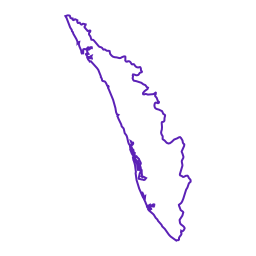 SVG path tracing the border of Kerala
{"feature_id": "IND-2442", "entity_name": "Kerala", "entity_type": "State", "adm_level": 1, "iso_a3": "IND", "parent_name": "India", "parent_adm1": "", "projection": "orthographic", "projection_center": [76.221, 10.533], "detail": "fine", "context": "isolated", "style": "outline", "palette": "violet", "viewbox_px": 256, "rotation_deg": 0, "n_neighbors": 0, "source": "natural_earth", "source_scale": "10m", "svg_char_len": 5792}
<svg xmlns="http://www.w3.org/2000/svg" viewBox="0 0 256 256"><path d="M83.2,53.4L82.6,53.6L82.4,53.9L82.5,54.1L81.8,53.4L81.4,52.4L81.2,50.6L79.4,46.4L78.8,44.1L79.2,42.0L78.6,42.2L77.5,43.4L77.5,42.1L77.2,41.0L76.4,39.1L73.3,33.7L72.9,32.2L72.0,31.3L71.7,29.8L70.2,27.5L66.6,18.1L65.4,16.1L67.5,15.4L68.6,15.4L69.6,15.6L70.0,16.1L70.4,17.8L71.0,18.2L72.6,18.5L72.5,19.3L72.8,19.8L73.7,20.1L74.8,19.3L75.4,19.3L77.4,20.3L77.4,20.5L77.2,21.7L77.5,22.4L77.8,22.9L78.2,23.0L79.3,22.7L79.7,22.7L80.7,24.1L81.4,24.6L82.0,24.5L82.8,23.8L83.5,23.8L85.7,24.4L85.4,25.5L84.7,26.3L84.5,26.9L84.7,27.6L85.4,28.2L86.1,29.3L86.7,29.7L87.5,30.9L87.8,31.0L89.8,30.5L90.2,30.6L90.4,30.9L90.1,31.9L89.2,32.7L89.1,33.0L89.0,34.2L89.3,34.9L90.4,36.4L91.4,39.7L93.2,39.9L94.0,40.6L98.6,46.1L99.4,46.8L100.9,47.2L102.0,47.8L103.2,49.4L103.4,49.6L104.8,49.4L106.7,50.7L107.4,50.8L108.8,50.8L109.6,51.1L110.0,53.2L110.3,54.1L111.4,55.4L112.3,56.2L113.0,56.7L114.6,57.2L116.7,57.4L119.4,58.1L120.5,58.0L122.3,57.0L124.0,56.4L124.9,56.4L125.3,56.6L125.4,57.1L125.3,60.6L126.2,61.6L127.0,61.7L128.1,61.2L129.5,61.4L130.4,62.1L131.7,64.2L132.3,64.4L133.1,64.1L134.0,64.3L135.4,66.2L136.5,67.1L138.1,67.5L139.5,67.1L140.1,67.1L140.4,67.4L140.8,68.3L141.0,70.3L141.9,71.6L141.7,72.2L140.3,72.6L139.7,73.0L138.6,74.6L138.0,75.0L136.8,75.3L136.0,75.2L134.4,74.6L133.1,74.4L132.7,75.3L133.0,76.6L132.6,78.2L133.2,79.9L133.9,80.7L136.1,81.1L141.4,82.8L143.3,84.3L145.1,85.0L145.6,85.4L146.7,87.0L148.0,87.7L147.5,89.0L144.6,91.1L143.1,92.9L143.0,93.9L143.3,94.3L144.2,94.4L145.7,93.9L147.9,94.6L152.8,94.2L153.9,93.9L155.6,92.6L155.8,92.7L155.8,94.0L155.2,95.2L155.1,95.9L155.5,96.5L156.6,97.7L157.9,101.1L159.0,102.0L159.0,102.3L158.8,102.8L158.0,103.2L156.1,102.6L155.7,102.6L155.1,103.0L154.7,103.8L154.4,105.2L154.6,106.8L155.2,108.0L155.9,108.6L156.7,109.0L159.1,109.7L162.1,111.2L163.3,113.9L164.8,114.8L165.1,115.7L164.5,118.1L164.4,120.7L163.8,121.5L163.2,121.8L162.1,122.0L161.8,122.4L161.7,123.0L162.0,127.1L161.8,129.7L161.3,131.3L161.1,132.9L161.6,134.5L162.6,136.1L162.7,136.7L162.6,138.7L162.7,139.2L164.7,140.6L166.7,142.8L168.4,143.5L169.9,143.2L171.6,142.0L174.2,139.5L177.1,138.4L178.8,137.4L180.0,137.1L181.0,138.0L182.5,140.5L182.8,142.4L183.1,143.1L183.4,143.6L184.2,144.2L184.3,144.5L184.1,146.0L181.7,151.4L181.7,151.8L182.4,153.4L183.4,156.6L183.4,157.1L183.3,157.9L181.9,160.6L181.8,161.1L181.8,161.8L182.4,164.9L182.4,165.8L179.9,174.1L179.9,174.9L180.2,175.4L181.8,176.0L182.7,176.8L183.7,176.9L185.9,175.8L187.5,175.7L188.1,176.3L188.8,177.9L190.4,179.7L190.6,180.4L190.6,181.7L188.9,183.3L187.4,187.6L186.1,189.7L183.3,198.7L182.1,201.6L181.1,203.1L178.9,204.8L179.0,205.6L180.7,210.1L182.8,211.6L183.3,212.3L182.4,215.6L179.7,219.7L179.6,220.1L180.0,222.9L180.8,224.3L183.2,226.1L184.1,227.1L184.6,228.0L184.6,228.5L183.8,230.1L182.9,231.0L181.9,231.5L181.2,230.9L181.0,232.1L181.5,233.9L180.9,235.2L179.8,236.5L179.2,237.5L179.0,238.0L179.0,239.5L178.5,240.1L178.0,240.2L176.8,240.2L176.3,240.6L170.6,236.5L168.9,234.7L164.8,228.9L162.2,226.4L161.5,224.8L157.9,220.7L157.4,219.5L155.7,217.9L153.9,214.9L153.1,214.0L148.9,210.4L148.1,209.3L148.3,208.7L148.9,208.6L149.6,209.7L150.5,209.5L151.9,208.6L150.0,208.9L149.5,208.3L149.6,207.8L150.6,206.5L151.1,206.2L153.8,206.6L153.9,206.4L152.6,205.5L154.3,204.9L154.3,204.5L153.8,204.3L153.1,204.5L152.5,204.8L151.9,205.5L151.2,205.4L150.1,204.9L149.8,205.2L149.2,206.7L148.9,207.3L148.5,206.6L149.0,205.9L149.2,205.2L148.4,205.7L147.9,206.3L147.7,207.0L147.8,207.9L147.4,207.5L147.0,206.8L146.6,204.8L146.0,203.8L145.4,202.1L144.0,199.1L144.1,198.0L144.4,199.0L144.8,199.0L145.1,196.3L144.6,196.7L144.4,197.3L144.1,197.3L143.2,194.3L142.4,192.6L141.7,192.5L141.8,193.1L143.3,196.9L143.4,197.6L143.1,197.6L139.2,188.6L136.6,180.2L135.6,173.2L135.9,171.9L134.9,164.3L133.7,160.6L133.4,160.1L132.9,157.2L133.7,156.6L134.5,157.2L135.3,158.4L135.6,159.4L135.3,159.6L134.2,159.2L133.9,159.4L134.1,160.6L134.4,161.0L134.9,161.3L135.3,160.2L135.5,160.9L135.5,161.7L135.1,162.7L136.0,162.4L136.3,162.0L135.9,161.3L136.5,160.8L138.0,169.9L138.3,169.9L138.4,168.5L137.9,165.3L138.3,164.0L137.2,162.5L137.0,161.7L137.7,161.3L139.0,164.0L139.0,166.4L139.4,169.0L139.9,170.0L140.7,170.9L140.6,171.7L139.7,173.6L138.7,178.1L138.9,178.8L142.3,179.6L142.7,179.5L143.9,180.0L144.8,179.7L146.1,178.1L143.4,176.7L142.4,177.1L141.3,176.4L142.0,175.1L141.7,173.0L141.7,170.7L141.5,169.8L141.1,169.3L140.7,169.5L140.7,167.5L140.0,165.6L140.2,164.7L140.8,163.7L140.7,162.7L139.2,159.8L139.0,159.0L137.1,157.1L136.6,156.4L135.8,157.2L135.0,155.9L134.5,154.0L134.8,153.0L133.8,152.4L133.3,149.7L132.9,149.6L132.5,149.3L131.9,147.9L131.5,148.9L132.5,151.5L132.6,153.5L133.2,155.4L132.5,154.8L131.8,153.6L130.2,149.5L130.4,147.5L130.0,147.0L130.0,146.2L132.3,144.9L132.9,144.2L133.2,143.6L133.1,142.8L132.2,143.0L131.4,141.6L130.9,141.3L131.5,143.0L131.6,144.0L131.2,144.8L130.3,145.3L129.7,145.1L128.8,143.8L128.1,141.7L127.2,137.6L126.5,135.5L124.7,133.1L123.8,129.0L123.5,128.3L121.7,126.4L121.2,124.4L118.3,118.4L117.9,117.1L117.4,116.4L117.4,115.9L117.5,115.7L118.4,114.9L116.9,114.2L116.1,112.2L115.4,108.0L113.1,99.8L108.7,89.1L108.1,88.0L108.0,87.4L108.5,87.1L108.6,86.7L108.3,86.0L107.6,86.2L107.1,85.5L106.3,83.6L105.4,82.1L104.8,81.5L102.5,80.9L102.1,80.3L101.7,78.4L100.8,77.1L100.9,76.4L98.3,69.9L97.1,68.2L90.9,61.3L89.7,61.6L89.4,60.9L88.2,59.6L87.4,57.9L88.3,57.7L91.9,58.5L91.9,58.2L91.2,57.8L91.1,57.2L91.6,55.8L90.9,56.1L90.0,56.9L89.4,57.1L88.5,57.0L87.8,56.7L87.1,56.2L86.0,54.3L86.1,54.0L87.7,54.1L88.5,53.9L88.2,53.4L87.2,52.3L87.3,51.6L87.1,51.0L87.5,49.8L88.2,49.1L88.9,49.6L91.1,48.0L91.8,48.1L91.8,47.3L91.0,47.1L89.7,47.7L88.1,47.3L87.2,48.3L86.5,48.7L85.9,49.4L84.1,49.0L83.2,49.5L83.2,53.4Z" fill="none" stroke="#5b21b6" stroke-width="2"/></svg>